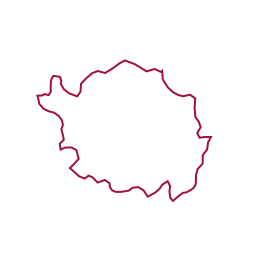 outline of Yeongdong-gun, North Chungcheong, South Korea, rotated 229°
{"feature_id": "91817680B4431337162748", "entity_name": "Yeongdong-gun", "entity_type": "district", "adm_level": 2, "iso_a3": "KOR", "parent_name": "South Korea", "parent_adm1": "North Chungcheong", "projection": "natural_earth1", "projection_center": [127.828, 36.154], "detail": "fine", "context": "isolated", "style": "outline", "palette": "rose", "viewbox_px": 256, "rotation_deg": 229, "n_neighbors": 0, "source": "geoboundaries", "source_scale": "gbopen_adm2", "svg_char_len": 1332}
<svg xmlns="http://www.w3.org/2000/svg" viewBox="0 0 256 256"><g transform="rotate(229 128 128)"><path d="M135.9,57.9L123.7,59.4L118.3,62.1L117.9,67.0L114.3,68.8L106.7,69.3L104.0,76.4L98.6,77.8L95.0,75.5L91.4,75.1L87.8,76.9L84.3,80.9L80.2,87.6L79.8,92.5L76.6,97.0L70.8,98.8L63.2,97.9L61.4,106.4L61.4,111.8L62.7,116.8L61.8,123.0L56.5,121.7L52.9,117.6L47.5,114.1L43.5,114.1L43.4,121.6L43.1,126.8L41.1,129.9L40.2,133.7L39.7,138.2L41.1,142.3L44.0,144.9L48.0,148.6L51.4,153.8L52.1,160.9L58.4,166.5L59.1,169.6L59.8,173.5L64.7,179.1L66.8,184.7L71.0,179.8L73.8,175.6L78.8,177.0L80.9,183.3L85.8,185.4L92.1,186.1L99.8,191.7L106.1,198.1L112.4,196.7L115.9,190.3L120.1,187.5L125.7,185.4L132.7,184.7L141.8,186.1L148.7,191.2L148.8,189.6L155.1,186.8L158.6,179.1L165.6,177.0L171.9,174.9L181.0,170.0L182.4,163.7L183.1,155.3L184.5,146.8L190.8,142.6L192.9,137.0L192.9,128.6L192.2,121.6L186.6,116.0L185.2,110.4L192.9,106.2L199.7,105.0L205.7,106.4L207.5,108.7L211.2,110.1L213.8,108.1L216.3,105.8L215.5,103.2L214.3,100.9L208.9,95.8L206.0,93.5L204.9,89.7L208.4,87.2L208.8,84.5L211.9,80.9L208.3,79.1L204.3,76.9L198.0,76.9L192.7,79.1L188.2,82.2L182.4,83.6L177.0,83.1L173.0,80.9L170.7,76.9L165.3,74.2L161.3,71.9L160.9,66.1L155.9,63.0L154.6,67.5L150.6,72.4L145.2,74.6L137.1,70.6L136.2,63.4L135.9,57.9Z" fill="none" stroke="#9f1239" stroke-width="2"/></g></svg>